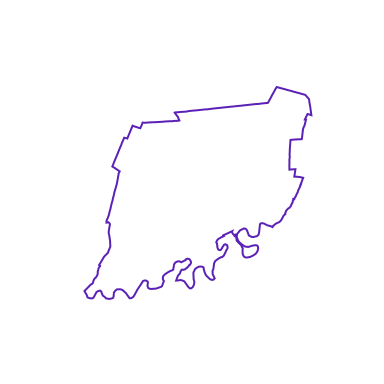 Halaucesti, Iasi, Romania, rotated 133°
{"feature_id": "2599482B62160059118691", "entity_name": "Halaucesti", "entity_type": "district", "adm_level": 2, "iso_a3": "ROU", "parent_name": "Romania", "parent_adm1": "Iasi", "projection": "robinson", "projection_center": [26.82, 47.1], "detail": "fine", "context": "isolated", "style": "outline", "palette": "violet", "viewbox_px": 384, "rotation_deg": 133, "n_neighbors": 0, "source": "geoboundaries", "source_scale": "gbopen_adm2", "svg_char_len": 6047}
<svg xmlns="http://www.w3.org/2000/svg" viewBox="0 0 384 384"><g transform="rotate(133 192 192)"><path d="M184.0,280.7L197.0,275.8L197.3,276.6L198.3,278.0L198.4,278.3L198.5,278.6L204.5,276.5L205.4,276.0L209.4,274.6L214.8,272.5L222.4,269.7L227.7,267.6L227.1,264.8L227.0,263.8L226.9,262.8L226.6,261.8L226.4,259.6L226.2,259.0L226.9,258.7L228.4,258.4L229.7,257.4L231.2,256.5L232.3,255.7L237.7,252.3L245.2,248.5L248.0,246.8L250.4,245.6L252.3,244.4L254.5,243.3L258.1,241.3L260.2,240.0L261.8,239.3L262.7,238.7L265.7,237.1L268.6,235.8L270.3,235.3L272.1,234.4L272.2,234.2L272.2,233.8L272.3,233.6L272.5,233.5L271.3,232.7L271.1,232.5L271.2,230.8L271.3,230.4L271.5,230.2L271.7,229.9L277.1,226.4L278.6,225.2L281.3,221.4L281.6,221.2L283.5,218.7L287.6,214.5L292.7,212.6L293.6,212.0L299.0,212.2L308.8,210.1L308.7,209.7L308.7,208.8L309.2,208.6L310.6,208.5L311.5,208.3L312.5,207.7L313.1,207.2L314.0,207.0L314.2,206.9L316.0,205.3L316.9,204.8L317.5,204.5L320.1,204.0L321.0,204.2L321.3,204.2L321.5,204.1L322.4,204.1L323.9,203.7L325.5,202.7L326.5,202.4L327.2,202.4L328.8,202.9L337.8,203.1L339.2,198.5L340.3,196.6L339.6,194.6L337.9,192.4L336.2,192.0L333.3,192.8L330.2,193.6L328.4,193.0L326.9,192.1L326.6,190.5L327.5,189.1L328.6,186.5L328.3,184.3L328.4,182.2L327.7,181.3L326.8,179.7L324.6,178.1L323.4,177.5L322.0,178.0L318.8,180.5L316.3,180.8L314.4,180.5L312.2,178.3L311.1,176.3L311.0,171.4L312.3,165.2L311.1,164.1L308.9,163.4L306.5,163.8L300.5,165.4L295.9,166.1L290.4,167.1L288.6,166.0L288.0,164.7L287.7,163.4L288.5,162.3L291.0,160.6L292.0,158.7L291.8,157.2L290.4,155.4L287.1,152.4L282.4,149.9L281.2,149.8L276.2,151.9L276.2,152.2L275.9,153.3L275.4,154.1L274.1,155.2L273.3,155.6L272.8,155.7L271.0,155.7L268.5,155.2L266.3,154.6L263.9,153.7L262.6,153.0L262.0,152.9L261.6,152.8L261.1,153.0L260.1,153.9L259.3,154.2L257.8,155.4L256.9,155.8L255.4,156.0L254.8,156.0L254.0,155.8L253.2,155.5L252.1,154.8L251.3,154.0L250.7,151.9L247.6,150.8L247.0,150.6L246.8,150.6L246.7,150.4L246.4,150.3L246.0,150.2L245.1,150.5L243.9,149.9L242.9,148.2L242.9,147.7L243.3,146.4L243.5,145.6L244.0,144.9L244.4,144.5L245.0,144.2L246.1,144.0L246.4,143.8L247.2,143.9L247.4,144.2L247.6,144.2L248.8,143.9L249.8,143.9L250.1,144.0L250.7,143.9L251.5,144.2L253.3,144.4L254.1,144.8L254.6,145.0L255.1,145.8L255.6,146.4L256.3,146.5L257.9,146.2L258.5,145.9L259.2,145.5L259.6,145.3L260.4,145.2L261.3,145.3L263.1,145.1L267.6,143.2L266.1,141.8L264.2,140.4L263.2,138.5L262.6,136.7L263.9,130.3L264.0,127.9L263.0,126.9L261.0,126.6L258.4,127.4L256.1,129.0L254.6,131.4L250.0,136.0L246.2,137.2L243.9,136.8L242.2,136.1L241.3,135.5L240.5,134.7L239.7,133.5L239.3,132.2L239.6,131.5L240.4,130.9L242.3,127.6L243.4,124.7L243.5,119.6L242.9,117.7L241.5,116.5L239.7,116.5L239.0,118.2L238.0,120.8L235.8,123.1L233.5,124.0L229.1,127.2L226.6,127.9L224.6,127.6L222.3,127.1L219.7,126.2L219.0,125.5L218.3,125.6L217.0,125.3L212.7,126.6L211.3,127.2L210.6,127.3L209.9,127.3L209.4,127.5L208.4,128.1L207.7,128.8L207.3,129.5L207.0,129.8L206.9,130.0L207.0,130.5L207.4,131.6L207.4,131.9L208.1,132.3L209.0,132.6L209.4,132.5L209.8,132.3L210.3,132.2L211.0,132.2L211.3,132.2L212.9,131.7L213.9,131.5L215.0,131.6L215.6,132.0L216.1,133.1L216.1,133.5L216.0,134.0L215.8,134.4L215.2,135.6L214.5,136.5L213.8,137.1L213.3,137.9L212.7,138.5L212.5,138.8L212.4,139.8L211.3,140.4L210.2,140.7L208.3,140.7L206.0,140.0L202.7,138.7L202.7,138.8L203.0,139.2L202.6,139.7L197.8,137.7L193.3,135.9L194.0,135.7L194.7,133.7L194.8,132.2L194.8,131.9L195.0,131.4L195.0,131.0L195.1,130.9L195.1,130.7L193.7,131.1L193.7,130.5L196.3,127.1L196.9,126.5L197.0,126.2L197.1,125.9L197.1,125.1L197.2,124.5L197.3,123.3L197.4,119.1L198.0,118.5L198.6,116.5L200.2,115.2L202.3,113.2L203.2,111.8L203.8,110.1L203.5,108.7L203.0,107.7L201.9,106.7L199.8,105.2L197.2,104.1L194.4,103.4L193.2,103.3L190.7,103.7L188.2,105.1L187.0,106.5L186.7,107.9L187.6,109.3L190.0,111.2L193.9,113.4L195.9,116.4L196.3,119.1L196.5,122.6L196.1,125.2L194.3,128.8L191.8,130.4L187.3,130.7L183.3,129.2L182.3,127.7L182.3,127.1L182.6,125.5L185.0,120.8L184.1,117.6L182.9,116.3L180.0,114.4L178.1,114.2L176.3,115.0L169.2,120.3L168.1,120.3L166.9,119.4L166.0,117.9L165.0,114.2L163.3,111.1L162.8,109.2L162.0,109.3L161.3,109.6L161.1,109.6L161.0,109.4L158.5,109.2L157.4,108.9L155.1,107.9L154.5,107.7L153.1,107.5L152.1,107.6L150.8,107.8L148.5,108.4L147.6,108.7L146.9,108.9L144.4,108.7L144.0,109.4L143.0,109.7L141.4,110.4L139.9,110.4L138.4,110.4L138.0,110.3L137.5,110.0L136.4,110.0L135.4,110.1L134.2,110.3L133.8,110.6L132.7,111.0L131.9,111.0L131.3,111.4L130.6,111.5L129.9,112.1L129.2,112.6L128.5,112.5L128.0,113.1L127.5,112.3L126.0,113.0L125.1,113.0L122.8,113.7L122.4,114.0L120.2,114.5L118.4,115.5L116.4,116.0L114.4,116.7L113.8,117.1L113.7,116.9L112.7,117.4L112.0,117.6L112.1,117.8L107.7,119.6L107.0,120.0L106.3,120.1L106.1,120.3L105.8,120.4L107.3,123.0L108.3,124.4L109.8,126.3L111.0,127.6L104.8,131.9L107.7,134.7L108.3,135.3L109.2,136.0L106.9,138.2L106.0,139.1L103.9,140.9L102.0,142.8L99.4,144.6L99.1,145.0L98.7,145.6L95.5,148.3L93.7,149.9L86.7,155.5L83.6,152.7L81.1,150.3L78.6,147.8L78.3,147.8L70.3,153.7L69.2,154.2L65.9,155.4L64.4,156.3L63.3,156.9L61.3,158.0L62.0,158.9L56.2,160.7L55.4,159.2L54.4,157.1L49.5,163.1L46.0,167.7L44.6,169.3L44.4,169.8L44.2,170.3L43.9,173.7L43.7,174.8L43.7,175.1L43.8,175.5L45.3,178.5L52.5,192.2L53.5,194.2L57.5,201.6L59.0,201.4L65.1,199.8L67.1,199.4L67.4,199.2L73.6,197.6L75.1,197.3L78.8,200.6L82.2,203.4L83.2,204.3L84.0,205.2L89.5,209.9L94.0,213.8L95.8,215.3L97.2,216.6L101.5,220.3L102.7,221.4L117.1,233.9L119.9,236.2L120.8,236.9L122.6,238.7L129.8,244.9L130.6,245.7L134.0,248.7L135.3,249.8L136.3,250.4L137.1,251.0L141.5,255.2L142.5,256.0L144.6,258.0L145.6,258.8L145.8,258.8L146.8,253.3L147.3,252.4L148.3,250.0L148.8,250.3L150.2,251.5L150.9,252.2L151.8,253.2L152.6,253.8L154.4,255.4L155.7,256.9L156.3,257.3L158.5,259.6L159.7,260.5L163.5,264.1L164.3,264.9L165.2,265.7L166.6,267.1L168.0,268.5L171.4,271.8L172.3,272.5L173.3,273.5L174.0,274.2L174.9,275.5L176.2,274.9L177.7,274.3L180.6,273.3L181.6,275.2L182.7,277.6L183.0,278.1L183.4,279.1L184.0,280.7Z" fill="none" stroke="#5b21b6" stroke-width="2"/></g></svg>